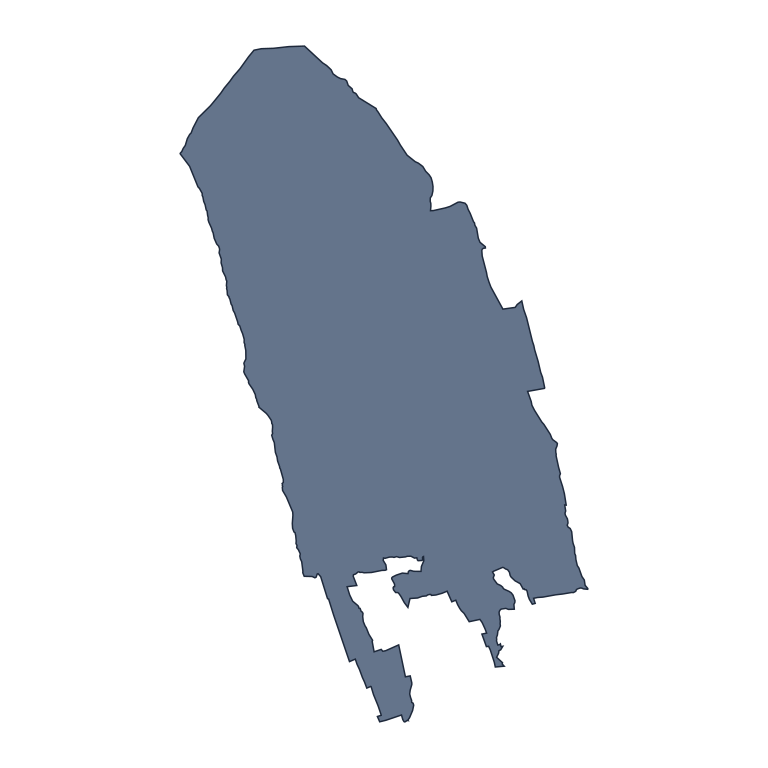 the district of Bogdana, Vaslui, Romania
{"feature_id": "2599482B6283542308753", "entity_name": "Bogdana", "entity_type": "district", "adm_level": 2, "iso_a3": "ROU", "parent_name": "Romania", "parent_adm1": "Vaslui", "projection": "robinson", "projection_center": [27.624, 46.537], "detail": "fine", "context": "isolated", "style": "filled", "palette": "slate", "viewbox_px": 768, "rotation_deg": 0, "n_neighbors": 0, "source": "geoboundaries", "source_scale": "gbopen_adm2", "svg_char_len": 6093}
<svg xmlns="http://www.w3.org/2000/svg" viewBox="0 0 768 768"><path d="M564.4,493.7L562.6,486.6L559.6,477.3L559.6,475.7L560.4,473.7L558.6,467.3L556.1,455.8L556.2,454.1L555.8,452.4L555.7,449.1L557.0,446.0L557.4,443.6L556.7,442.6L552.8,439.7L551.8,438.3L550.3,434.4L543.9,424.4L541.8,422.0L534.5,410.3L531.9,405.2L531.2,401.5L527.6,391.4L544.4,388.4L544.7,387.9L542.5,377.2L540.7,372.4L538.1,361.3L534.7,349.9L533.8,345.5L532.4,341.3L526.6,317.8L523.7,309.5L521.8,300.9L517.2,304.5L515.2,307.4L502.9,309.1L490.9,287.1L489.0,282.1L487.2,276.5L486.5,272.5L482.2,256.0L481.8,250.4L482.3,249.1L483.4,248.3L485.4,248.0L485.3,246.7L480.0,242.3L478.3,238.2L476.6,228.1L474.9,225.3L474.5,222.9L473.5,221.7L470.2,213.4L468.1,209.3L466.8,205.3L465.0,203.2L460.1,202.0L458.0,202.2L450.1,206.4L445.4,207.9L433.3,210.6L430.5,210.7L430.9,206.2L430.8,203.3L430.2,201.3L430.3,197.9L431.9,195.5L432.9,191.0L433.0,186.5L432.3,182.0L431.1,177.8L429.2,174.9L425.7,171.3L422.8,166.5L418.3,163.1L415.2,161.7L407.1,155.2L400.3,145.0L397.5,140.0L386.2,123.5L381.8,117.9L377.9,111.7L376.6,110.1L376.1,108.5L358.6,97.7L356.2,93.9L355.0,93.0L353.4,92.4L352.8,91.4L352.1,88.8L348.2,85.4L346.7,81.0L344.9,79.4L340.6,78.6L337.5,77.1L333.1,73.9L331.2,69.9L329.6,68.3L326.7,65.6L322.5,62.8L304.5,46.1L288.9,46.6L273.6,48.3L261.4,48.7L254.0,50.2L248.7,56.6L240.0,68.7L233.4,76.3L230.0,81.1L224.3,88.0L220.8,93.1L214.3,101.1L210.4,105.8L198.4,117.6L193.1,127.8L191.1,133.0L189.7,134.4L187.3,138.7L185.3,145.4L183.2,148.4L181.8,151.5L180.2,153.3L180.2,153.8L189.6,166.3L197.9,186.7L198.6,187.7L199.2,188.0L202.2,193.4L202.2,195.5L202.9,197.0L203.7,201.4L205.1,204.7L206.2,209.9L207.1,211.1L207.6,215.3L208.2,217.7L208.1,219.7L208.8,222.1L211.6,228.3L212.3,231.1L213.1,232.7L214.2,238.3L216.7,244.0L218.6,246.1L219.4,248.2L219.6,249.7L219.1,252.9L221.3,259.1L221.1,262.9L222.5,267.7L222.6,270.9L225.6,277.0L226.1,279.7L226.8,281.1L226.4,285.6L226.8,287.3L226.6,288.5L227.1,290.4L227.4,294.8L229.0,296.8L229.0,297.5L229.9,299.1L231.1,304.1L232.1,305.6L233.2,310.5L234.6,312.9L237.7,322.0L238.1,324.2L239.8,326.0L241.2,330.4L242.6,333.7L244.2,339.3L244.1,342.5L244.9,344.5L244.8,345.5L245.8,350.5L245.9,358.9L244.1,362.6L243.9,363.5L244.6,366.2L243.8,371.8L244.7,374.0L248.6,380.8L248.5,382.4L249.0,383.8L252.8,389.3L255.3,394.6L255.8,397.7L256.6,399.2L256.8,400.7L259.0,406.5L258.9,407.2L266.3,413.4L268.0,415.4L271.1,420.0L271.6,421.5L271.8,423.5L272.5,424.6L272.6,427.1L272.3,431.3L272.6,433.6L271.7,435.2L272.9,439.3L274.3,442.6L275.4,452.4L277.0,456.9L277.6,461.0L279.6,466.6L279.7,467.9L280.4,469.0L283.3,479.4L283.3,482.5L282.1,483.5L282.5,484.8L282.3,485.6L282.7,486.5L282.3,487.4L282.6,490.5L286.4,497.0L292.7,512.0L292.9,515.3L292.3,523.5L292.6,528.3L294.0,532.0L295.0,532.6L295.7,535.6L296.2,540.9L296.0,543.6L297.0,545.4L296.7,547.7L298.3,549.6L300.3,553.9L299.8,556.0L300.4,558.9L301.7,561.7L302.9,571.2L302.8,572.8L304.2,576.3L312.2,576.5L314.9,577.8L316.1,577.2L317.3,573.9L318.1,573.7L320.7,576.7L327.3,597.9L327.6,598.7L328.6,599.0L333.6,615.0L349.5,661.6L355.3,659.1L357.0,664.2L359.4,669.3L362.5,677.7L364.5,682.0L366.8,688.1L370.8,686.4L371.1,686.6L373.5,694.6L378.0,705.6L381.0,714.4L381.2,715.3L377.4,716.5L379.7,721.8L385.8,720.3L401.5,715.0L402.8,719.6L404.0,721.6L404.6,721.9L405.4,721.7L407.0,720.5L408.2,720.6L407.9,720.1L409.6,717.6L412.6,710.5L413.7,705.2L413.1,703.2L411.7,702.4L411.6,700.3L410.6,697.6L409.7,694.0L410.2,690.1L411.8,684.6L411.8,682.8L410.2,675.9L405.4,676.8L398.7,644.9L385.7,650.7L382.8,651.3L381.2,649.4L374.1,651.8L372.2,641.5L372.6,640.3L368.9,634.3L366.3,627.8L365.0,625.8L363.3,621.6L362.7,616.5L363.0,613.5L362.4,612.2L361.1,611.2L360.1,608.4L358.8,608.0L358.6,606.6L357.9,605.6L352.7,601.2L349.7,595.0L347.1,586.7L356.8,585.5L353.2,576.2L353.5,574.7L355.6,574.0L358.2,571.9L359.2,571.9L359.7,572.4L362.2,572.3L364.0,572.8L371.4,572.5L381.9,570.4L385.1,570.3L386.5,569.7L385.9,564.9L383.2,560.4L383.5,558.0L385.1,558.3L389.4,557.1L392.3,557.0L394.0,557.4L396.6,556.6L399.5,557.5L405.5,556.9L407.1,556.3L410.9,556.2L414.5,558.1L416.8,557.8L417.4,559.9L418.1,560.7L421.6,560.5L422.7,560.0L422.5,557.5L423.0,556.7L423.5,556.5L423.8,560.8L421.4,566.5L421.0,571.4L413.7,571.3L410.5,570.4L409.4,570.6L408.4,571.6L408.0,573.6L402.3,573.1L396.3,575.1L392.5,577.0L391.8,577.8L391.7,578.8L394.4,583.8L394.6,584.9L394.6,586.6L393.6,586.8L393.1,587.9L393.5,589.8L395.6,592.5L397.9,592.6L398.8,593.4L400.9,596.4L404.3,602.6L407.9,607.4L410.0,598.5L417.6,598.0L422.3,596.3L426.4,595.9L427.6,594.9L429.9,594.4L430.9,594.5L431.4,595.4L435.9,595.0L442.0,593.3L447.1,591.2L451.8,601.8L455.8,600.2L457.6,604.6L459.6,608.2L461.3,610.7L464.1,613.4L469.2,621.7L479.9,619.4L482.1,622.5L485.1,629.0L486.6,633.1L481.9,634.1L486.4,646.6L488.6,646.3L490.3,650.0L494.3,662.3L495.3,667.0L504.2,666.2L502.2,664.0L502.5,662.7L496.6,657.3L498.6,653.2L498.9,650.8L500.7,649.8L502.8,646.3L501.0,646.6L500.4,643.9L499.4,644.7L497.8,645.0L496.5,640.9L496.7,639.5L496.5,637.4L497.4,635.1L497.9,630.9L498.9,629.6L500.4,625.9L500.1,623.9L500.3,621.2L499.9,618.8L500.0,617.1L499.2,614.4L499.1,612.1L499.8,610.4L501.0,609.2L501.7,609.0L505.9,608.4L508.4,609.4L514.3,609.2L513.9,604.4L514.8,602.6L515.0,600.8L513.0,595.1L511.2,592.8L509.1,591.4L504.2,589.2L503.2,588.3L502.7,587.2L500.7,585.5L497.2,583.9L493.6,579.0L493.3,577.6L494.3,575.0L492.5,572.0L493.9,571.1L502.6,567.4L503.6,567.6L505.6,569.0L507.6,569.7L509.4,572.2L510.2,575.6L511.2,577.2L515.0,580.8L520.2,583.7L523.2,589.1L524.2,588.8L524.7,589.6L526.3,589.9L527.1,591.2L528.1,596.0L529.4,599.4L532.3,604.2L535.2,603.4L533.6,598.3L537.5,597.5L543.0,597.1L555.7,594.8L562.7,594.0L571.6,592.5L573.4,592.6L575.7,591.3L576.4,589.7L577.3,589.0L580.2,588.0L581.7,588.1L583.5,588.9L587.7,589.3L587.8,589.0L587.8,588.5L585.1,585.3L584.3,580.0L581.9,576.5L578.9,568.0L577.3,565.6L575.9,559.5L575.6,555.5L574.7,553.5L574.5,547.4L573.1,543.4L572.6,540.9L571.7,531.7L570.2,528.5L568.1,527.1L567.2,525.2L568.0,523.0L567.8,521.0L567.4,518.8L565.4,515.2L565.0,513.1L565.7,511.0L564.7,505.0L566.2,505.1L564.4,493.7Z" fill="#64748b" stroke="#1e293b" stroke-width="1.5"/></svg>